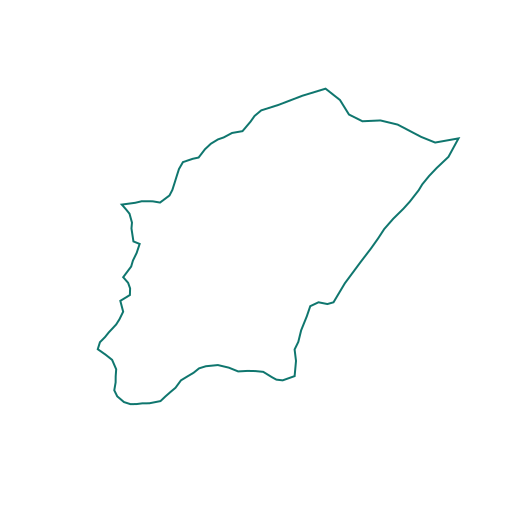 outline of Diorios, Cyprus, rotated 202°
{"feature_id": "46923920B66967696615816", "entity_name": "Diorios", "entity_type": "district", "adm_level": 2, "iso_a3": "CYP", "parent_name": "Cyprus", "parent_adm1": "", "projection": "orthographic", "projection_center": [33.034, 35.3], "detail": "fine", "context": "isolated", "style": "outline", "palette": "teal", "viewbox_px": 512, "rotation_deg": 202, "n_neighbors": 0, "source": "geoboundaries", "source_scale": "gbopen_adm2", "svg_char_len": 1449}
<svg xmlns="http://www.w3.org/2000/svg" viewBox="0 0 512 512"><g transform="rotate(202 256 256)"><path d="M305.7,393.0L309.8,385.3L311.4,378.5L315.3,366.7L324.3,361.1L330.4,353.8L334.9,349.9L339.9,343.2L343.3,335.9L346.1,325.8L351.1,322.4L358.9,315.7L360.0,307.8L359.5,301.1L358.9,293.8L358.3,285.9L358.9,279.7L365.0,269.6L372.3,268.0L382.4,264.0L387.9,260.1L399.7,253.4L394.1,250.6L389.1,247.8L383.5,240.5L381.8,234.9L375.1,223.6L368.4,223.6L367.8,214.1L368.4,205.7L367.8,199.5L371.2,186.6L364.5,183.2L360.6,178.8L358.3,172.6L365.0,163.6L358.3,154.6L358.9,146.2L360.0,140.1L363.9,130.0L365.6,124.3L368.4,117.6L367.8,110.3L358.3,108.1L350.5,105.8L343.2,98.6L341.0,91.8L338.8,86.2L337.1,78.4L332.1,73.9L323.7,71.1L317.0,71.6L311.4,73.9L306.4,76.7L299.7,79.5L290.2,85.7L287.4,91.8L284.6,97.4L281.3,103.6L279.0,112.6L274.0,119.3L270.1,124.4L266.7,130.5L261.2,135.0L250.5,140.6L239.4,142.3L229.3,142.3L221.0,146.2L213.7,149.0L205.9,151.3L195.8,149.6L190.8,149.0L184.7,150.7L175.2,159.1L179.6,173.7L185.2,183.8L184.6,192.2L186.3,204.0L186.3,219.1L186.9,229.8L180.7,236.5L171.8,238.2L166.8,242.1L163.4,264.0L156.7,289.8L152.2,306.1L149.4,317.9L147.2,329.1L142.7,342.0L137.1,354.9L133.8,363.9L129.8,377.9L128.7,384.7L125.4,395.3L121.4,405.4L114.7,420.0L112.3,440.9L132.4,428.3L147.5,428.3L173.9,430.9L191.4,428.3L207.8,420.8L222.8,422.0L236.6,432.1L254.2,437.2L273.0,422.0L291.9,404.4L305.7,393.0Z" fill="none" stroke="#0f766e" stroke-width="2"/></g></svg>